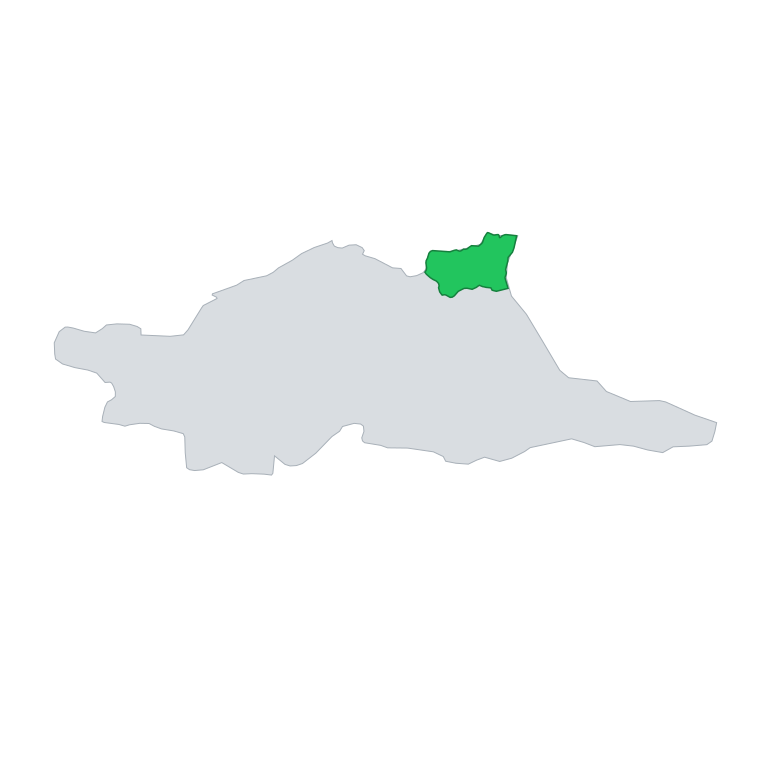 Ajaria highlighted on a map of Georgia, rotated 163°
{"feature_id": "GEO-3027", "entity_name": "Ajaria", "entity_type": "Autonomous Republic", "adm_level": 1, "iso_a3": "GEO", "parent_name": "Georgia", "parent_adm1": "", "projection": "orthographic", "projection_center": [42.09, 41.662], "detail": "fine", "context": "in_parent", "style": "filled", "palette": "green", "viewbox_px": 768, "rotation_deg": 163, "n_neighbors": 0, "source": "natural_earth", "source_scale": "10m", "svg_char_len": 3264}
<svg xmlns="http://www.w3.org/2000/svg" viewBox="0 0 768 768"><g transform="rotate(163 384 384)"><path d="M391.8,536.4L392.0,534.0L391.2,530.4L388.3,527.9L384.2,526.2L376.8,527.0L369.9,525.3L365.0,520.8L363.9,517.3L366.6,514.4L364.5,512.1L356.0,506.5L341.9,492.6L334.0,489.5L330.8,480.8L327.7,478.9L321.1,478.1L314.1,479.0L312.6,480.0L310.5,481.5L305.0,492.5L301.2,496.2L291.8,494.5L284.0,492.0L277.6,490.5L265.3,489.6L251.2,489.4L241.8,497.2L237.7,496.2L230.5,492.3L219.0,489.1L212.8,486.5L230.6,463.5L236.0,449.7L236.2,441.3L236.4,430.8L227.4,409.0L219.7,378.0L211.9,345.7L205.6,336.0L179.4,324.6L173.5,311.8L153.4,295.2L125.4,287.6L119.9,284.5L95.9,263.4L77.2,249.8L81.5,241.8L87.1,233.5L93.0,231.6L110.1,235.3L125.9,239.4L137.5,236.9L151.1,243.8L163.5,251.6L176.1,257.1L200.7,262.4L209.9,269.6L220.6,276.7L262.8,280.4L266.2,279.3L269.3,278.3L283.5,275.7L296.0,276.1L309.2,284.6L317.7,284.1L326.8,282.7L338.4,287.2L347.6,292.1L348.5,297.3L356.6,304.7L380.1,315.8L399.2,321.9L405.1,326.3L419.7,333.5L421.2,335.9L421.0,339.0L417.0,344.6L416.0,349.7L418.0,352.5L424.1,355.1L436.1,355.5L440.3,351.8L449.1,349.0L457.8,344.2L469.4,337.8L485.2,331.8L491.6,331.6L497.8,333.1L502.2,336.1L509.7,347.3L516.4,331.1L518.2,329.8L524.9,332.8L536.6,336.9L544.8,339.0L549.2,342.1L562.1,356.3L581.9,354.8L590.4,356.6L595.0,358.9L597.2,361.6L594.2,376.3L590.0,391.6L590.5,395.2L598.8,400.6L609.9,406.1L616.0,410.7L620.2,414.9L629.0,417.8L639.3,419.4L644.1,419.4L649.3,422.8L662.8,429.0L664.6,430.6L662.6,435.2L657.7,443.4L653.7,447.7L649.1,448.6L644.6,450.6L643.2,455.0L643.3,460.6L644.2,464.5L645.5,465.9L650.3,467.0L655.5,478.4L663.1,483.9L674.9,490.1L685.5,497.1L690.8,503.9L690.1,509.0L687.3,519.8L679.3,529.0L672.3,531.6L669.7,530.9L664.9,528.4L655.3,522.1L644.9,517.2L637.2,519.3L632.2,521.6L621.9,519.6L609.8,515.5L603.3,511.2L600.4,507.9L602.0,501.9L574.5,492.1L561.3,489.6L555.6,493.1L536.2,510.1L533.9,511.9L518.7,514.6L518.7,515.9L522.3,519.3L521.7,520.4L496.0,521.6L487.6,523.9L464.7,521.8L457.3,523.2L450.9,525.9L435.4,529.2L424.7,532.8L410.9,534.9L396.7,535.3L391.8,536.4Z" fill="#d9dde1" stroke="#a8b0b8" stroke-width="1"/><path d="M299.8,497.3L298.6,497.4L282.3,491.1L277.8,491.3L275.6,491.1L274.0,489.7L272.7,488.9L271.3,488.9L268.4,489.7L267.1,489.1L265.8,488.9L264.5,489.1L263.2,489.7L259.9,490.7L253.3,488.2L249.6,489.7L248.3,490.7L245.4,494.8L241.7,498.0L240.8,498.5L239.7,498.0L236.0,494.6L234.8,494.1L232.1,493.8L231.0,493.4L230.6,492.6L230.6,491.6L230.7,490.6L230.6,490.2L229.9,490.1L227.6,491.2L224.8,491.4L223.6,491.2L213.8,487.0L219.9,476.1L222.7,472.4L228.3,468.8L229.8,465.1L234.2,458.0L234.4,456.5L234.4,455.4L234.6,454.4L235.1,453.4L236.6,451.3L237.2,450.3L237.3,449.2L237.4,439.2L249.4,439.8L251.8,441.2L253.2,442.1L253.7,444.7L258.2,446.6L260.0,447.7L261.1,448.2L263.9,450.5L265.1,450.3L265.2,450.2L267.5,449.4L272.0,448.8L274.9,450.4L276.6,451.3L279.3,452.0L280.9,451.8L285.9,450.9L290.9,447.8L293.3,447.1L295.4,447.5L298.9,451.1L300.1,451.7L302.4,452.0L302.9,453.2L303.8,455.8L303.7,460.1L302.6,461.7L302.4,464.0L303.1,465.8L304.0,467.3L306.4,469.5L308.6,472.1L311.3,476.4L312.2,479.0L310.3,480.5L309.3,482.6L308.5,487.6L307.6,489.6L305.6,491.7L302.8,495.9L300.9,497.2L299.8,497.3Z" fill="#22c55e" stroke="#15803d" stroke-width="1.5"/></g></svg>